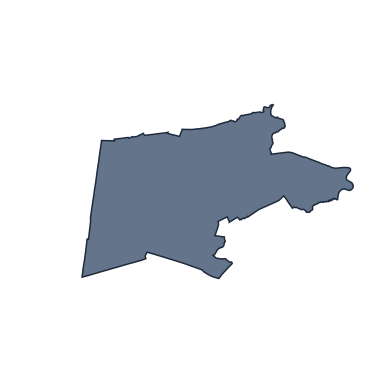 Vi Thuy, Hau Giang, Vietnam, rotated 232°
{"feature_id": "81297802B65836895267297", "entity_name": "Vi Thuy", "entity_type": "district", "adm_level": 2, "iso_a3": "VNM", "parent_name": "Vietnam", "parent_adm1": "Hau Giang", "projection": "robinson", "projection_center": [105.508, 9.801], "detail": "fine", "context": "isolated", "style": "filled", "palette": "slate", "viewbox_px": 384, "rotation_deg": 232, "n_neighbors": 0, "source": "geoboundaries", "source_scale": "gbopen_adm2", "svg_char_len": 6021}
<svg xmlns="http://www.w3.org/2000/svg" viewBox="0 0 384 384"><g transform="rotate(232 192 192)"><path d="M192.6,52.9L189.8,59.5L185.8,69.7L179.4,85.4L174.7,97.2L169.4,109.9L167.9,114.6L170.4,115.6L172.2,119.6L162.0,126.9L151.4,134.3L140.8,141.6L130.1,148.4L124.4,152.0L122.1,152.1L117.6,153.7L114.7,155.0L112.0,156.5L110.7,157.4L107.3,159.9L108.6,164.8L109.9,172.7L110.7,178.5L110.9,179.7L111.0,179.8L112.5,180.1L113.0,178.9L113.4,178.5L114.2,178.3L115.0,178.2L116.0,177.7L118.2,177.5L118.7,177.3L119.4,176.6L120.4,175.1L120.6,174.7L121.2,173.9L125.0,170.3L127.2,169.9L129.1,169.5L128.8,170.4L128.7,171.4L129.0,172.2L129.4,172.8L129.5,173.0L129.7,173.8L130.3,175.1L130.9,176.7L130.9,177.4L130.8,178.8L130.6,179.4L130.6,179.7L130.8,180.2L130.7,180.6L130.6,180.8L130.1,181.0L129.8,181.7L129.9,183.2L130.2,184.1L130.6,184.6L131.1,185.2L132.0,186.0L132.2,186.5L132.2,187.2L132.5,187.7L133.0,188.0L134.0,188.2L135.0,188.7L136.7,189.8L143.4,183.2L148.3,190.6L150.0,192.9L151.3,193.8L152.8,194.4L152.6,195.1L152.2,197.1L151.3,201.6L150.8,204.0L150.8,204.4L150.0,204.3L148.5,203.8L145.6,203.1L145.4,203.0L145.2,202.8L144.4,210.3L144.1,212.4L140.5,212.5L140.5,213.9L139.9,214.0L139.7,216.9L138.7,217.1L138.5,220.9L137.9,220.7L137.1,233.8L133.7,247.4L131.9,254.9L131.9,255.5L132.0,257.3L132.4,261.9L132.0,262.0L126.3,261.8L126.0,261.6L117.8,261.2L117.4,261.2L117.3,261.6L117.4,262.5L117.4,262.8L117.2,263.1L116.4,263.5L116.1,263.9L115.6,264.8L115.4,264.9L115.1,265.1L114.6,265.3L113.2,265.9L112.5,266.5L111.2,267.1L110.7,267.5L110.3,268.0L109.9,268.8L109.7,269.1L109.3,269.4L108.2,269.7L107.1,269.8L106.9,270.1L106.7,270.2L106.4,270.2L105.8,269.8L105.6,269.7L105.4,269.8L104.7,271.0L104.0,271.8L103.6,272.5L103.7,272.8L104.1,273.9L104.1,274.2L103.8,275.3L103.8,275.9L104.6,277.0L105.7,277.4L106.5,278.2L106.6,278.6L106.4,279.6L106.3,280.5L106.6,280.7L106.7,280.9L106.7,281.1L106.2,281.4L106.0,281.8L105.8,282.5L105.6,283.1L105.6,285.2L105.3,285.9L105.0,286.1L105.0,286.4L104.8,287.0L104.1,288.3L103.5,288.5L103.3,288.8L103.2,289.1L103.4,289.3L103.0,289.7L102.8,290.4L102.4,290.6L102.3,291.3L101.8,291.5L101.5,291.7L101.2,293.2L101.0,293.5L100.9,293.6L100.3,293.8L100.3,294.0L101.0,294.4L101.2,294.8L101.1,295.2L101.0,295.3L100.4,295.0L100.1,295.0L100.1,295.4L100.6,295.8L100.6,296.1L100.4,296.3L99.6,296.4L99.5,296.5L99.8,297.0L100.0,297.5L99.9,297.7L99.3,297.7L99.2,297.8L99.4,298.3L99.8,298.7L99.2,299.4L99.2,299.6L99.3,299.7L99.6,299.8L99.5,300.0L99.3,300.1L98.6,300.2L98.4,300.8L98.0,300.8L97.6,301.3L96.7,301.4L96.6,301.5L96.4,302.0L97.9,303.5L99.4,305.1L100.8,306.9L101.2,307.7L101.7,309.3L101.8,309.8L101.6,312.3L101.3,313.0L100.5,313.9L99.5,314.8L97.6,315.9L96.3,317.0L95.9,318.0L95.7,319.2L95.8,319.9L96.1,321.0L96.5,321.6L97.0,322.3L98.0,323.1L98.7,323.4L99.4,323.5L100.5,323.6L101.6,323.4L105.1,321.8L105.8,321.6L106.5,321.6L107.1,321.7L108.5,322.5L108.8,322.8L109.2,323.5L109.9,325.0L111.2,329.7L111.9,330.7L112.4,331.0L112.8,331.1L113.3,331.1L113.6,331.0L114.2,330.7L115.9,329.1L118.2,326.3L121.7,320.7L122.9,319.2L124.8,317.6L126.7,316.4L128.0,316.1L129.1,315.0L129.7,314.6L131.0,314.0L132.7,312.8L135.0,311.4L137.3,310.2L141.3,307.7L147.3,304.1L148.9,303.3L150.0,302.5L150.7,301.5L155.9,298.3L160.1,295.9L161.6,294.9L163.2,293.4L164.1,292.5L164.7,291.6L173.1,277.6L173.5,278.2L174.0,278.4L174.4,278.6L175.0,278.7L177.8,279.8L178.0,280.0L178.1,280.4L178.3,281.6L178.6,281.9L179.2,282.5L179.6,283.5L180.1,285.1L180.4,285.6L180.7,286.0L181.2,286.3L182.5,286.6L182.9,286.7L183.1,286.9L183.4,287.4L183.6,287.6L183.9,287.8L185.2,288.0L185.8,288.4L186.8,289.3L187.5,290.3L188.0,291.4L188.0,291.8L187.9,293.1L187.3,293.9L187.4,294.9L187.3,295.4L187.0,295.9L186.7,296.2L186.6,296.5L186.6,297.2L186.8,299.5L186.7,300.0L186.5,301.0L186.4,301.3L186.8,302.3L186.7,302.5L185.9,303.2L185.7,303.5L185.7,304.3L186.1,304.9L186.2,305.6L186.3,305.8L186.6,306.0L187.5,306.2L189.4,307.5L190.1,307.6L190.6,307.4L190.8,307.5L191.3,308.0L191.6,308.1L192.1,308.1L192.9,308.3L193.2,308.3L193.5,308.1L194.0,307.7L195.0,306.8L196.1,306.2L196.6,305.5L197.2,305.4L197.9,305.5L198.3,305.4L198.5,305.1L198.8,304.5L198.9,303.8L199.0,303.5L199.9,303.1L201.0,302.8L203.0,301.8L203.9,301.9L205.1,302.2L207.0,303.6L207.9,304.5L208.8,305.6L210.0,307.8L210.5,309.6L211.5,309.1L211.8,307.8L211.9,306.6L211.3,305.8L211.2,305.3L211.3,304.7L211.6,304.0L212.1,303.3L212.4,302.9L213.7,302.3L214.1,302.0L214.4,301.6L214.5,301.2L214.6,300.9L214.4,300.5L214.0,300.1L213.4,299.5L212.8,298.5L212.6,298.3L212.2,298.3L211.6,298.5L211.5,298.4L211.3,298.2L211.1,297.9L211.1,297.6L211.3,296.8L211.8,296.0L212.1,295.4L212.4,295.2L212.9,295.1L213.2,294.9L216.1,289.9L217.1,289.1L217.2,288.7L217.3,288.4L217.3,288.1L217.1,287.4L217.1,287.0L217.2,286.6L218.1,285.0L219.4,282.3L220.3,281.1L220.5,280.3L220.5,279.9L220.5,279.5L220.9,279.1L221.7,278.6L222.0,277.8L222.0,277.4L221.8,276.4L220.8,274.1L220.8,273.7L221.3,273.1L221.4,272.8L221.5,272.6L221.4,272.4L220.8,271.5L220.7,271.2L220.5,270.0L220.5,269.6L220.7,269.3L220.9,269.0L221.3,268.8L222.4,268.5L222.7,268.2L223.0,267.4L223.3,267.2L224.2,267.1L224.6,266.7L224.8,266.4L224.9,265.6L224.9,263.9L225.4,263.3L225.7,262.7L225.9,262.0L226.9,260.1L227.4,258.5L228.2,256.8L229.2,253.9L229.9,251.2L231.4,247.3L231.7,246.6L237.1,237.0L238.8,234.5L241.3,230.4L246.6,223.8L247.5,222.9L246.4,221.3L243.5,216.4L244.1,215.9L246.5,214.1L247.8,213.0L250.8,210.6L253.3,208.9L253.8,209.8L255.0,207.5L262.6,194.8L265.6,189.8L265.8,189.5L268.3,189.7L269.6,183.1L270.4,181.5L271.8,179.1L272.4,179.0L273.2,175.2L274.3,175.3L277.2,170.3L280.8,164.4L281.5,163.0L280.0,162.4L282.9,158.9L288.3,152.4L287.7,152.0L280.6,144.5L279.5,143.3L276.4,140.2L275.2,138.9L273.4,137.2L272.2,135.8L266.3,129.6L264.8,128.1L260.5,123.7L258.5,121.7L257.1,120.1L255.5,118.6L255.0,117.9L250.6,113.3L249.4,112.2L245.9,108.3L243.7,106.1L239.1,101.2L235.5,97.5L235.1,97.0L233.1,95.3L232.2,94.9L218.5,81.4L219.4,80.7L219.5,80.5L215.5,76.4L215.0,76.0L214.0,75.0L205.4,66.3L198.3,58.6L196.4,56.8L192.6,52.9Z" fill="#64748b" stroke="#1e293b" stroke-width="1.5"/></g></svg>